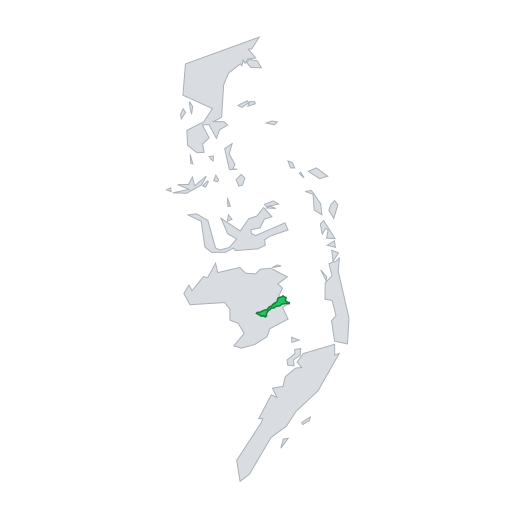 Seruyan, Kalimantan Tengah, Indonesia shown in context, rotated 249°
{"feature_id": "22746128B10156150641021", "entity_name": "Seruyan", "entity_type": "district", "adm_level": 2, "iso_a3": "IDN", "parent_name": "Indonesia", "parent_adm1": "Kalimantan Tengah", "projection": "equal_earth", "projection_center": [112.304, -2.121], "detail": "fine", "context": "in_parent", "style": "filled", "palette": "green", "viewbox_px": 512, "rotation_deg": 249, "n_neighbors": 0, "source": "geoboundaries", "source_scale": "gbopen_adm2", "svg_char_len": 6696}
<svg xmlns="http://www.w3.org/2000/svg" viewBox="0 0 512 512"><g transform="rotate(249 256 256)"><path d="M180.0,203.1L187.9,217.1L199.5,215.3L205.5,208.7L215.8,212.6L223.8,210.0L234.2,176.9L246.9,175.2L252.9,183.0L246.5,183.8L255.6,199.6L253.1,203.1L263.8,215.7L254.2,214.3L251.1,236.8L243.7,240.1L239.5,249.0L242.1,255.3L239.4,265.2L225.3,277.8L222.2,266.5L216.5,269.2L210.5,262.9L200.0,270.4L198.5,262.4L185.6,263.3L183.2,242.9L176.7,237.3L173.9,223.2L175.1,209.5L180.0,203.1ZM51.4,160.4L72.1,164.7L98.5,201.1L101.8,204.0L103.2,200.3L120.9,220.5L116.6,224.9L126.7,224.0L124.6,234.5L132.8,240.0L137.2,252.8L135.5,258.8L142.1,256.2L148.0,265.0L145.4,297.7L135.5,294.1L135.2,298.7L108.0,265.7L96.5,237.5L86.2,223.3L81.2,205.0L54.4,171.3L51.4,160.4ZM460.6,259.0L459.2,337.3L450.8,326.2L451.9,323.0L440.9,326.7L442.9,318.9L439.9,314.9L441.0,314.3L442.7,314.6L443.8,314.2L438.7,311.1L441.0,310.2L436.6,295.9L427.3,287.1L397.9,273.6L396.7,264.4L392.7,274.5L388.3,276.4L387.0,267.3L380.0,261.2L395.5,259.2L397.5,252.9L383.1,254.6L379.7,246.3L371.4,244.7L373.7,237.8L383.9,231.8L398.1,236.5L400.0,255.4L409.3,268.1L432.3,245.4L460.6,259.0ZM316.7,215.5L306.5,223.8L278.1,221.1L274.6,224.3L273.5,234.2L278.9,244.0L287.0,237.5L303.7,236.9L285.0,250.2L293.4,262.6L293.0,271.2L298.5,280.5L287.0,284.9L287.3,276.9L280.8,270.0L282.3,260.7L278.7,259.7L275.2,263.1L276.6,294.9L268.8,295.2L269.5,276.2L268.1,269.9L262.7,268.5L262.0,260.3L268.5,238.5L271.5,237.9L270.4,228.6L275.3,215.8L282.6,211.5L308.1,217.3L318.7,207.2L316.7,215.5ZM148.3,298.8L168.5,303.3L171.6,309.3L187.2,311.2L190.9,304.9L206.1,311.0L210.3,319.8L222.7,321.4L222.5,328.7L224.3,333.1L212.4,327.3L164.9,320.6L141.1,309.9L148.3,298.8ZM342.2,217.3L350.7,208.5L346.9,218.7L352.6,224.9L343.5,223.9L348.4,238.3L341.8,230.4L339.4,213.8L344.8,201.0L342.2,217.3ZM346.2,262.1L367.5,265.3L369.5,274.0L360.9,267.6L349.1,269.1L345.6,265.6L343.6,269.7L346.2,262.1ZM297.3,331.2L281.7,335.1L270.8,332.3L278.0,326.8L293.2,331.4L298.6,325.1L297.3,331.2ZM252.6,325.7L263.0,327.5L264.8,331.9L243.9,336.0L247.3,328.3L254.4,332.6L256.8,331.0L252.6,325.7ZM316.3,335.2L316.6,343.9L304.8,351.6L305.4,343.2L316.3,335.2ZM147.9,247.7L150.8,257.3L154.9,258.6L153.5,264.6L147.5,261.6L145.6,253.8L139.8,252.2L142.7,246.5L147.9,247.7ZM437.7,327.2L429.8,328.5L433.9,318.7L440.1,316.6L441.9,320.2L437.7,327.2ZM272.6,340.4L277.4,344.5L279.5,349.2L274.6,350.8L263.2,342.1L272.6,340.4ZM334.3,264.8L337.5,271.3L332.7,273.6L327.0,268.8L327.3,265.0L334.3,264.8ZM223.3,325.9L234.3,328.8L229.3,334.1L223.3,325.9ZM240.5,326.3L242.1,334.5L235.6,333.3L240.5,326.3ZM167.4,260.1L162.0,266.2L162.5,258.5L167.4,260.1ZM403.0,293.0L404.1,303.4L401.7,303.9L399.7,296.3L403.0,293.0ZM219.8,311.4L211.3,314.6L207.7,312.7L219.8,311.4ZM301.2,282.4L301.2,291.8L296.4,295.8L298.3,283.2L301.2,282.4ZM67.6,210.3L75.3,215.8L74.3,220.7L67.6,210.3ZM86.3,249.0L83.3,246.9L81.9,239.2L84.2,239.0L86.3,249.0ZM373.5,323.9L371.9,320.1L376.5,313.2L376.3,319.4L373.5,323.9ZM365.7,228.4L374.5,231.0L364.6,230.0L365.7,228.4ZM312.4,247.5L320.5,250.2L311.7,249.9L312.4,247.5ZM297.5,287.0L293.2,291.7L297.0,283.2L297.5,287.0ZM410.7,235.4L415.2,236.3L419.5,240.7L415.4,241.7L410.7,235.4ZM333.3,319.9L330.3,323.3L324.3,323.7L325.9,319.8L333.3,319.9ZM402.5,305.2L400.5,310.0L398.4,309.9L398.8,302.1L402.5,305.2ZM345.9,247.5L340.6,248.4L339.1,246.7L341.4,243.6L345.9,247.5ZM411.5,246.7L418.0,247.5L424.1,249.2L418.2,250.4L411.5,246.7ZM298.9,241.8L304.3,245.0L298.8,246.7L298.9,241.8ZM350.1,200.7L346.5,199.8L349.9,196.2L350.1,200.7ZM311.6,328.9L317.6,326.0L318.3,327.8L311.6,328.9ZM365.6,247.9L364.6,252.2L360.1,250.0L362.4,248.7L365.6,247.9ZM239.9,272.9L237.6,275.8L239.5,266.7L239.9,272.9ZM340.7,231.4L343.5,237.3L342.4,238.2L338.3,233.6L340.7,231.4Z" fill="#d9dde1" stroke="#a8b0b8" stroke-width="1"/><path d="M202.6,236.3L202.4,236.2L202.2,236.0L202.2,235.9L202.0,236.0L201.9,236.2L201.9,236.3L201.7,236.5L201.7,236.8L201.5,237.0L201.4,237.0L201.2,237.2L200.9,237.1L200.7,237.1L200.6,237.4L200.5,237.5L200.4,237.7L200.2,237.7L200.2,237.8L200.2,238.0L199.9,238.2L199.9,238.3L199.7,238.5L199.4,238.5L199.2,238.5L198.9,238.6L198.9,238.8L198.7,238.8L198.6,239.0L198.4,239.1L198.2,239.2L198.0,239.3L197.9,239.4L197.9,239.5L197.8,239.9L197.8,240.0L197.9,240.4L197.7,240.5L197.4,240.8L197.4,241.1L197.3,241.3L197.3,241.6L197.4,241.8L197.3,242.0L197.2,242.1L196.9,242.3L196.8,242.2L196.7,242.1L196.4,242.2L196.3,242.3L196.2,242.4L196.2,242.5L195.9,242.8L195.7,243.0L195.8,243.3L195.8,243.5L196.3,244.3L196.5,244.5L196.9,244.6L197.4,244.6L197.7,244.6L197.9,244.7L198.1,244.9L198.4,245.3L198.9,245.6L199.2,246.1L199.3,246.3L199.5,246.5L199.8,246.8L200.0,246.9L200.0,247.0L200.2,247.3L200.2,247.5L200.3,248.0L200.8,248.4L200.9,248.6L200.9,248.8L200.9,249.0L200.8,249.3L200.8,249.5L200.9,249.8L201.0,249.9L201.0,250.0L201.2,250.4L201.5,250.9L201.8,251.0L202.1,251.7L202.0,252.0L201.8,252.0L201.7,252.3L201.4,252.8L201.3,253.2L201.3,253.3L201.3,253.5L201.2,253.6L201.2,253.8L201.2,254.0L201.1,254.3L201.1,254.5L201.1,254.9L201.2,255.1L201.3,255.2L201.5,255.3L201.6,255.9L201.6,256.1L201.8,256.6L201.8,256.9L201.6,257.4L201.4,258.0L201.3,258.7L201.3,259.1L201.2,259.6L201.1,260.0L201.0,260.5L201.1,261.1L201.2,261.4L201.5,261.9L201.7,262.4L201.7,262.9L201.7,263.8L201.2,265.3L201.0,266.3L200.7,267.5L200.3,268.3L200.2,268.6L199.6,270.1L199.8,270.2L200.0,270.2L200.3,270.3L200.3,270.2L200.5,270.2L200.7,269.9L200.9,269.7L201.2,269.3L201.4,269.1L201.6,268.9L202.0,268.6L202.2,268.4L202.4,268.2L202.5,268.2L202.7,267.9L202.9,267.8L203.1,267.7L203.5,267.5L203.8,267.5L204.0,267.4L204.2,267.5L204.3,267.5L204.5,267.6L204.7,267.8L204.8,267.8L205.0,268.0L205.2,268.3L205.3,268.4L205.3,268.5L205.5,268.6L205.7,268.8L205.8,268.9L206.0,269.0L206.3,269.1L206.3,268.9L206.5,268.8L206.7,268.7L206.8,268.7L207.0,268.6L207.1,268.4L207.2,268.2L207.3,268.2L207.6,267.9L207.8,267.8L208.3,267.4L208.5,267.3L208.7,267.2L208.9,267.0L209.0,267.0L209.1,266.9L208.8,265.7L208.7,265.4L208.5,264.2L208.6,263.9L208.8,262.9L209.0,261.7L208.3,261.1L207.8,260.7L207.4,260.3L206.7,259.9L206.4,259.6L205.8,259.1L205.6,258.7L205.5,258.3L205.5,257.7L205.4,256.5L205.3,256.4L205.1,256.4L205.2,255.9L205.1,255.6L204.9,255.6L204.9,254.9L204.6,254.9L204.6,254.0L204.4,254.0L204.4,253.9L204.2,253.8L204.2,253.7L203.8,252.8L203.8,251.6L203.8,251.3L203.7,250.6L203.7,250.4L203.6,250.2L203.5,249.9L203.5,249.6L203.4,249.6L203.4,249.4L203.2,249.2L203.0,248.9L203.0,248.7L202.5,248.0L202.1,247.3L201.9,246.8L201.9,246.5L202.0,246.1L202.3,245.6L202.4,245.0L202.4,244.9L202.4,244.5L202.4,244.0L202.4,243.4L202.3,241.6L202.1,239.5L202.3,238.7L202.8,237.5L202.9,237.1L202.9,236.9L202.8,236.6L202.6,236.3L202.6,236.3Z" fill="#22c55e" stroke="#15803d" stroke-width="1.5"/></g></svg>